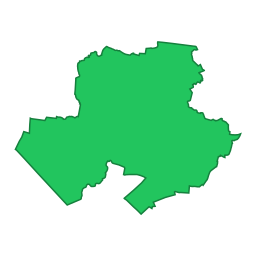 Phong Dien, Hau Giang, Vietnam
{"feature_id": "81297802B56741553336234", "entity_name": "Phong Dien", "entity_type": "district", "adm_level": 2, "iso_a3": "VNM", "parent_name": "Vietnam", "parent_adm1": "Hau Giang", "projection": "albers", "projection_center": [105.676, 9.998], "detail": "fine", "context": "isolated", "style": "filled", "palette": "green", "viewbox_px": 256, "rotation_deg": 0, "n_neighbors": 0, "source": "geoboundaries", "source_scale": "gbopen_adm2", "svg_char_len": 5688}
<svg xmlns="http://www.w3.org/2000/svg" viewBox="0 0 256 256"><path d="M146.2,48.5L145.3,53.7L139.6,53.4L139.0,55.5L133.4,53.9L133.6,53.3L133.1,53.1L132.8,53.6L131.8,53.7L131.2,54.1L130.2,55.1L129.2,55.0L125.7,54.3L124.0,53.6L121.6,52.2L119.5,50.7L119.0,50.7L118.1,50.8L116.9,50.2L115.3,50.4L114.9,50.3L113.9,49.6L113.3,49.3L112.3,49.0L111.2,48.4L109.4,47.8L108.5,47.5L107.2,46.7L106.6,46.5L105.9,47.0L104.4,48.4L103.6,49.2L102.9,50.3L102.5,51.4L101.8,53.7L101.6,55.2L100.5,55.4L100.2,55.7L99.8,56.1L99.2,56.3L98.7,56.3L97.5,55.6L96.8,54.5L96.6,53.8L96.6,52.4L96.4,52.1L95.7,51.7L95.2,51.5L94.8,51.7L93.9,52.5L91.3,53.0L90.9,53.2L90.7,53.9L90.6,55.0L90.4,55.2L89.8,55.4L88.6,55.4L88.5,55.5L88.4,55.7L88.5,56.0L89.3,56.3L89.3,57.1L89.1,57.3L88.3,57.5L88.0,57.5L87.6,57.2L87.0,57.2L85.9,57.7L85.4,57.9L84.8,58.4L84.5,58.8L84.3,60.0L84.2,60.3L83.9,60.4L82.5,60.5L81.8,60.7L81.4,60.7L81.3,60.9L80.6,61.2L79.6,61.1L79.4,62.5L79.1,62.8L78.4,62.8L78.2,63.3L77.9,63.6L77.8,64.3L77.7,64.7L77.6,66.3L77.8,68.2L77.8,68.8L78.2,71.0L78.8,72.7L78.9,73.6L79.0,74.1L79.6,75.0L79.6,75.5L79.5,76.3L79.3,76.6L76.1,77.9L75.8,78.4L75.8,79.9L75.2,90.2L74.8,94.2L75.4,94.6L75.9,97.1L76.7,98.8L77.2,99.3L77.7,99.7L78.5,100.0L78.6,100.7L79.3,101.3L79.2,102.2L79.9,102.8L79.7,103.8L80.2,103.8L80.4,104.3L80.4,105.1L79.2,111.7L78.2,116.6L77.6,116.4L76.9,116.6L76.4,116.8L75.3,117.7L74.7,117.8L74.5,117.7L73.9,117.2L72.8,116.9L72.4,116.6L72.0,116.7L71.2,116.4L70.4,116.6L69.2,116.4L68.3,116.9L67.2,117.0L66.6,117.3L65.8,118.7L65.4,119.1L64.7,119.2L64.1,119.2L63.8,119.3L63.1,119.0L63.0,118.8L63.1,118.6L62.7,118.3L61.8,117.7L61.2,117.5L60.3,117.2L58.0,117.1L56.6,116.6L56.3,118.4L46.6,117.3L44.9,120.5L31.4,118.7L30.3,118.2L29.8,124.6L29.4,133.3L23.8,131.6L21.8,137.1L19.3,141.3L15.4,149.4L16.4,150.0L24.4,158.6L38.0,173.5L67.2,205.0L80.6,199.3L81.0,199.0L81.2,198.5L81.3,197.3L81.5,196.7L81.9,195.9L82.0,195.3L81.7,192.9L81.7,192.0L82.3,190.7L82.4,189.5L82.6,189.1L84.1,187.8L85.3,187.4L85.9,187.1L86.2,186.5L86.5,185.6L87.0,184.7L87.5,184.3L88.1,184.2L89.1,184.3L89.5,184.5L90.2,185.5L91.2,186.4L92.0,186.5L93.9,186.4L94.7,186.2L95.2,185.9L95.4,185.0L95.4,184.3L95.8,183.7L96.9,183.3L98.3,183.6L99.0,183.6L99.7,183.3L100.2,182.9L101.8,180.9L102.6,180.0L102.4,178.8L102.5,178.7L103.2,178.6L103.5,178.4L104.4,178.0L105.0,177.5L105.3,177.0L105.8,174.3L105.8,173.8L105.4,173.0L105.4,172.6L106.2,172.0L107.0,170.6L107.4,169.6L107.6,168.8L107.6,167.5L107.5,167.1L106.4,165.9L106.1,165.2L106.1,164.5L106.6,162.7L106.9,162.2L107.9,161.0L108.4,161.4L109.1,161.4L109.5,161.2L110.0,160.5L110.3,160.4L110.8,160.6L111.2,161.0L111.7,162.0L112.4,163.0L113.3,163.4L118.9,164.9L124.3,167.2L124.6,167.7L124.8,168.6L124.7,168.8L123.6,174.6L124.8,175.0L125.8,174.7L129.4,174.5L134.6,174.5L136.2,174.5L137.0,174.5L140.3,175.4L142.4,176.2L144.1,176.9L145.8,178.0L141.6,182.9L133.3,190.5L124.2,198.3L124.6,198.8L126.5,200.0L133.8,207.1L136.8,209.8L141.1,214.1L149.1,206.7L151.9,208.5L152.4,206.6L155.1,206.3L153.3,202.2L165.4,197.4L175.1,194.7L174.5,192.0L175.1,191.5L179.1,192.6L180.7,192.5L188.8,193.0L189.4,185.9L190.9,186.3L192.1,186.5L194.5,186.4L195.6,186.5L197.6,186.8L199.5,186.8L199.6,186.6L202.2,184.5L202.5,184.6L203.1,185.3L206.0,181.1L207.1,179.7L207.7,178.3L208.6,175.2L209.7,172.3L210.5,171.1L211.6,170.2L216.0,166.8L216.4,166.8L216.6,166.7L217.5,163.4L217.6,161.4L217.1,161.3L218.4,156.6L219.6,156.5L220.2,156.3L220.3,156.2L220.2,155.4L220.3,155.3L220.6,155.2L221.2,155.8L222.7,156.5L224.2,157.3L224.9,157.5L224.9,156.9L224.7,155.9L224.8,155.2L227.3,155.1L228.6,154.6L229.1,153.9L229.9,151.8L230.4,150.7L230.9,148.6L231.4,146.9L232.1,143.5L232.4,143.4L231.8,141.0L232.3,140.5L234.3,140.6L234.5,140.5L234.7,140.2L235.0,140.1L237.2,139.4L238.5,138.1L239.9,135.7L240.6,133.8L238.2,134.7L235.4,134.9L232.3,134.8L229.6,134.3L229.9,131.7L229.0,131.3L228.8,131.1L228.5,130.2L228.3,127.0L228.4,124.9L225.7,121.9L224.9,121.8L224.7,121.7L224.4,121.3L223.3,121.1L223.1,121.0L222.8,120.5L222.3,120.3L222.1,119.8L222.1,119.0L222.1,118.7L221.9,118.6L221.6,118.5L221.0,118.5L217.8,120.3L215.7,120.8L215.3,120.4L214.5,120.4L213.9,119.8L213.3,119.4L212.4,119.6L211.4,120.3L211.2,120.4L205.9,118.9L204.9,118.4L203.5,114.7L203.5,114.3L202.9,113.5L202.8,113.0L201.9,112.7L201.2,112.8L200.8,112.7L200.6,112.8L200.4,113.4L199.0,113.0L198.1,112.9L197.2,112.4L197.1,112.2L197.1,111.3L196.9,110.9L196.4,110.2L195.8,110.0L194.8,110.2L194.2,110.1L193.5,109.4L192.4,108.9L192.1,108.7L192.0,108.2L191.5,107.8L190.9,107.7L190.4,107.8L190.1,107.8L189.8,107.6L188.5,106.8L188.4,106.5L188.5,105.4L188.5,104.9L187.5,102.2L187.5,101.7L187.8,101.3L188.1,101.2L188.4,101.0L189.5,100.9L190.3,100.3L192.2,92.7L189.8,89.0L192.9,87.5L193.2,87.3L193.3,86.9L193.3,86.2L192.6,84.8L192.6,84.7L193.3,84.5L193.5,84.3L193.6,83.9L194.2,83.5L194.4,83.5L195.2,84.3L195.5,84.0L196.1,84.1L196.4,83.4L197.2,82.3L197.6,82.0L198.8,82.3L199.8,82.9L200.3,82.8L200.3,82.6L200.5,82.3L200.5,81.0L200.6,80.6L200.9,80.4L201.3,80.9L201.7,81.0L202.4,80.6L202.7,80.2L202.7,79.9L202.2,79.1L202.3,78.7L202.6,78.4L202.0,77.4L202.1,76.9L201.6,76.0L201.6,75.4L199.9,73.9L199.4,73.3L198.9,72.8L198.9,72.7L203.1,71.1L203.6,70.8L204.3,70.5L204.3,70.4L202.5,69.3L202.3,69.0L200.4,64.6L198.4,65.8L198.1,65.9L197.9,65.8L197.4,65.0L196.7,64.4L192.7,60.5L192.6,58.7L192.4,58.3L192.2,56.8L191.4,54.1L191.8,53.3L191.8,52.9L191.5,51.9L193.0,50.7L194.0,49.7L194.3,49.6L194.8,49.7L195.8,50.0L196.1,50.0L196.7,49.9L197.5,49.6L196.3,47.1L196.0,46.6L195.1,46.3L193.8,46.2L172.6,43.5L163.1,42.4L157.8,41.9L157.7,42.0L157.6,43.2L157.9,45.4L157.5,46.7L156.5,47.5L154.0,48.2L153.2,48.2L152.1,48.4L151.8,48.4L151.4,48.1L151.1,48.0L150.0,48.2L146.2,48.5Z" fill="#22c55e" stroke="#15803d" stroke-width="1.5"/></svg>